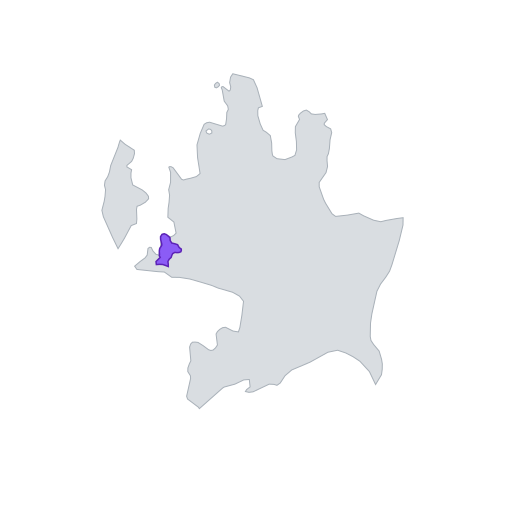 location of Qubadli within Azerbaijan, rotated 52°
{"feature_id": "AZE-1736", "entity_name": "Qubadli", "entity_type": "District", "adm_level": 1, "iso_a3": "AZE", "parent_name": "Azerbaijan", "parent_adm1": "", "projection": "orthographic", "projection_center": [46.627, 39.307], "detail": "fine", "context": "in_parent", "style": "filled", "palette": "violet", "viewbox_px": 512, "rotation_deg": 52, "n_neighbors": 0, "source": "natural_earth", "source_scale": "10m", "svg_char_len": 3923}
<svg xmlns="http://www.w3.org/2000/svg" viewBox="0 0 512 512"><g transform="rotate(52 256 256)"><path d="M341.4,394.6L339.6,394.5L326.6,398.0L323.8,397.0L312.3,383.0L310.0,381.4L305.1,380.9L302.3,378.6L299.9,374.8L298.5,371.9L286.9,364.4L285.1,361.6L284.8,359.1L286.5,356.8L288.4,354.9L294.0,352.9L300.6,351.1L302.6,349.8L303.7,347.8L303.5,344.5L302.4,341.2L292.9,335.5L291.8,332.9L291.5,329.8L291.9,326.5L293.4,323.9L301.0,320.3L305.0,316.6L302.4,312.7L294.0,303.6L284.0,293.7L277.5,293.7L270.1,296.8L258.1,305.5L251.5,309.3L242.9,315.4L233.4,322.3L225.7,329.5L220.9,335.5L212.2,338.1L207.8,343.1L193.3,358.1L189.3,357.9L189.0,350.5L189.2,344.6L188.3,341.2L183.6,336.5L183.6,334.5L184.8,333.3L188.4,334.1L193.1,333.8L195.3,332.0L190.3,325.9L185.9,321.8L182.2,319.0L181.4,317.3L181.4,316.2L182.2,314.8L188.5,311.4L189.2,308.3L188.8,304.9L178.7,299.8L171.2,301.6L164.4,295.9L160.1,291.4L154.8,286.6L150.0,284.0L145.4,278.0L137.5,271.8L132.3,270.0L132.4,269.0L133.4,267.9L135.5,267.0L149.8,267.4L151.5,266.3L152.5,263.7L154.4,259.8L156.7,254.1L156.6,249.3L142.4,241.4L132.1,234.1L125.1,224.5L120.3,215.8L120.6,212.9L122.0,210.2L133.1,202.4L133.9,200.3L133.7,198.9L129.8,194.8L124.9,190.6L123.4,187.5L120.3,185.9L114.4,185.7L104.2,180.3L102.0,179.8L101.6,178.8L102.1,177.7L109.5,175.8L109.4,174.1L107.2,171.8L103.1,170.0L99.4,165.9L98.1,162.1L111.5,151.6L115.5,149.5L124.1,151.6L142.0,158.9L140.7,162.9L142.5,165.1L146.6,168.2L154.6,171.4L161.3,173.0L164.7,171.7L169.9,170.6L176.6,174.1L182.8,178.7L185.9,180.5L187.5,181.1L192.2,179.6L197.9,173.8L200.1,166.7L200.7,163.4L197.4,158.7L190.7,153.7L183.1,149.2L178.3,145.3L175.2,137.6L172.1,136.7L171.3,135.7L170.8,133.1L170.9,129.4L172.0,126.5L175.1,125.3L178.1,124.9L180.9,122.2L184.4,116.9L185.9,114.0L192.5,115.7L193.4,120.4L194.5,121.4L197.3,120.9L201.8,118.9L205.4,120.4L210.0,126.1L216.5,132.0L220.0,136.0L221.4,138.8L224.7,141.4L229.5,144.5L233.4,149.5L236.9,160.9L240.4,163.6L252.9,167.8L257.3,168.7L269.5,170.1L273.8,168.9L280.0,158.9L285.5,148.6L290.7,146.4L300.2,141.3L305.8,136.6L308.1,131.5L313.2,121.9L316.4,116.5L322.1,121.1L332.1,133.7L346.6,154.3L350.2,160.1L352.6,166.9L354.8,175.1L358.2,182.4L373.0,200.4L379.3,207.0L389.7,215.5L393.3,217.4L398.1,217.8L406.7,217.5L414.8,220.7L418.8,222.9L423.0,226.3L426.8,230.2L430.9,240.9L416.9,237.8L403.0,238.9L395.2,241.5L387.6,245.0L380.5,249.7L376.1,258.6L372.9,278.9L367.8,298.0L368.2,306.8L371.0,315.1L370.8,319.1L368.2,320.9L365.1,324.5L361.2,342.0L359.1,345.5L356.3,347.8L355.5,345.7L355.5,341.2L349.2,337.3L346.1,341.9L344.0,351.5L339.7,361.7L339.5,363.6L341.4,394.6ZM131.3,217.8L131.9,215.1L130.2,213.8L128.3,213.8L126.7,215.1L126.7,218.5L128.9,219.1L131.3,217.8ZM84.0,296.0L82.0,293.1L81.1,291.6L87.3,290.4L97.7,286.8L100.5,288.7L103.4,292.6L104.9,295.8L105.1,301.9L106.3,302.9L111.4,300.9L113.6,303.4L117.4,306.4L124.1,309.4L133.9,305.0L138.7,303.9L142.7,304.0L144.8,305.4L145.5,310.1L144.7,315.9L143.6,319.1L145.6,321.4L153.5,327.1L156.8,330.2L155.2,335.6L161.0,348.7L163.0,353.9L165.3,360.2L153.1,357.6L131.1,352.1L125.1,349.3L119.4,341.9L116.1,338.3L111.1,333.7L107.0,331.9L103.9,328.7L102.2,324.0L99.6,319.8L95.2,314.7L85.3,297.7L84.0,296.0ZM99.1,183.7L97.7,184.6L95.7,183.6L95.1,181.6L95.3,179.4L97.4,178.9L99.0,179.6L99.4,181.5L99.1,183.7Z" fill="#d9dde1" stroke="#a8b0b8" stroke-width="1"/><path d="M196.2,332.1L196.1,331.9L195.7,331.4L195.2,331.0L192.5,329.1L191.0,327.5L190.4,326.3L190.1,325.0L189.6,323.8L188.6,322.9L184.1,320.9L182.0,319.3L181.1,316.7L182.0,314.6L184.0,313.4L188.6,312.5L191.0,314.1L193.9,314.4L196.3,312.5L198.8,310.8L200.4,311.1L201.9,311.3L203.2,311.0L204.5,310.6L205.6,311.4L206.1,312.1L206.4,312.7L206.2,313.3L205.8,314.6L204.7,316.2L203.2,317.7L202.8,320.2L203.7,322.0L204.9,323.8L205.1,326.5L206.1,328.8L208.3,330.1L210.3,331.6L207.8,333.1L205.3,334.7L203.2,337.1L201.4,339.8L198.8,338.2L198.1,332.3L196.2,332.1Z" fill="#8b5cf6" stroke="#5b21b6" stroke-width="1.5"/></g></svg>